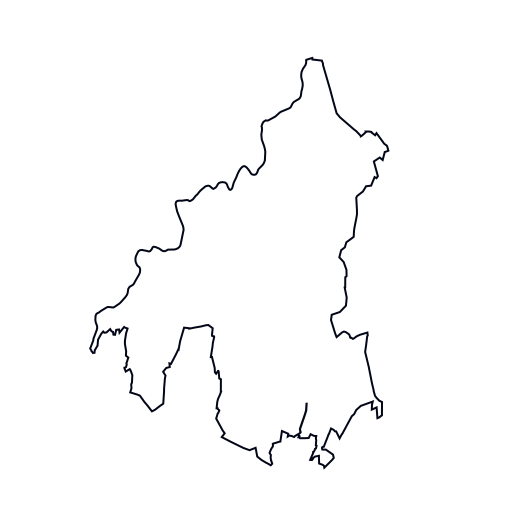 the district of Vecsaules pag., Bauska, Latvia, rotated 99°
{"feature_id": "27541924B84653415581668", "entity_name": "Vecsaules pag.", "entity_type": "district", "adm_level": 2, "iso_a3": "LVA", "parent_name": "Latvia", "parent_adm1": "Bauska", "projection": "robinson", "projection_center": [24.442, 56.411], "detail": "fine", "context": "isolated", "style": "outline", "palette": "ink", "viewbox_px": 512, "rotation_deg": 99, "n_neighbors": 0, "source": "geoboundaries", "source_scale": "gbopen_adm2", "svg_char_len": 6089}
<svg xmlns="http://www.w3.org/2000/svg" viewBox="0 0 512 512"><g transform="rotate(99 256 256)"><path d="M213.0,337.9L213.3,340.3L213.9,342.3L214.9,343.3L216.7,343.6L218.7,343.1L224.2,340.9L229.4,337.9L237.1,333.2L238.9,332.3L241.6,331.6L256.9,332.3L258.8,332.9L260.5,334.3L261.6,335.9L262.3,337.4L263.5,344.0L264.6,345.3L265.4,346.6L265.7,348.4L265.2,350.0L263.8,352.8L262.9,356.5L262.8,358.1L263.0,358.9L263.8,359.5L265.7,360.1L267.6,361.2L268.3,362.4L268.0,365.4L268.0,367.6L267.8,369.1L268.1,370.4L268.5,371.6L269.7,372.9L272.0,373.7L274.8,374.5L276.8,374.7L279.0,374.4L280.7,373.9L282.7,372.7L284.1,371.6L285.1,369.8L285.9,369.0L286.9,368.5L288.0,368.2L290.6,368.1L292.9,368.7L300.1,371.5L302.4,372.2L303.9,373.2L306.0,375.8L306.9,376.4L308.5,377.0L312.8,377.0L314.6,377.4L316.9,378.5L323.0,382.4L324.5,383.6L328.7,388.1L329.2,389.0L329.4,393.1L329.6,394.6L330.7,396.1L334.2,400.2L336.6,402.6L337.3,403.7L338.3,404.6L340.1,405.1L344.1,404.7L346.2,404.1L350.1,402.0L352.0,401.6L353.9,401.7L363.1,403.6L364.9,403.5L373.3,405.3L374.0,404.8L374.7,404.1L375.7,403.6L376.1,403.0L377.3,401.9L376.8,400.7L376.8,400.4L374.4,400.5L369.3,398.5L363.3,398.9L357.1,396.7L354.5,395.1L355.5,393.8L354.9,391.7L351.0,388.6L353.0,386.9L353.3,385.4L356.0,384.5L355.9,382.9L350.8,382.5L350.0,379.8L353.1,378.8L346.8,375.2L347.1,374.8L347.7,371.5L352.5,372.2L359.8,372.2L361.9,372.0L364.3,371.4L370.6,369.3L374.8,368.9L376.3,366.2L382.3,367.2L383.4,366.7L386.0,367.0L386.8,367.9L386.9,368.5L387.2,368.5L390.5,366.6L387.5,363.0L388.5,362.1L390.1,361.1L393.1,359.5L400.6,358.7L402.1,359.2L406.2,358.3L410.4,358.9L411.4,351.8L412.1,348.8L417.6,343.4L420.5,340.0L425.7,334.5L423.7,331.7L418.9,327.2L416.4,324.5L405.4,325.5L400.6,326.1L391.4,326.8L388.2,326.7L384.9,329.6L380.7,327.2L379.1,323.8L375.6,324.7L375.9,323.1L365.5,319.6L360.2,318.1L360.4,317.8L351.9,317.6L338.0,315.8L337.8,310.6L338.2,310.5L336.2,305.2L334.3,299.5L332.3,294.8L331.6,292.3L334.1,287.5L341.1,287.1L341.9,286.7L341.9,284.9L342.6,284.6L348.2,285.0L352.3,284.8L362.9,284.8L362.6,283.7L373.0,279.3L377.3,278.4L378.5,277.0L375.4,275.5L375.4,275.2L376.0,274.8L382.8,273.1L383.2,271.4L395.5,269.5L395.5,269.3L398.6,269.9L403.0,271.1L404.5,271.3L406.5,271.4L412.6,271.1L412.5,270.1L412.9,270.1L414.2,268.1L416.9,268.7L417.6,269.2L422.8,269.9L433.7,261.5L436.0,259.2L440.2,261.5L443.1,252.9L447.6,238.3L448.8,232.0L445.5,226.4L453.9,223.4L456.6,218.7L458.6,213.7L459.0,212.3L460.4,208.7L458.6,207.5L455.8,208.9L455.8,209.1L455.5,209.2L452.8,210.0L450.2,210.2L448.5,211.7L448.2,211.8L446.1,211.3L443.9,210.7L441.3,209.5L438.8,210.0L435.4,203.1L435.4,202.9L424.8,203.0L426.5,196.4L429.4,196.4L428.1,194.9L428.2,192.7L428.8,190.0L427.8,189.4L425.9,187.2L425.8,186.3L425.3,186.3L423.5,184.5L422.9,184.5L422.4,184.9L420.9,185.3L420.6,185.5L419.7,185.6L405.0,183.0L400.7,182.4L393.2,183.1L393.5,182.9L400.7,182.2L405.0,182.8L419.8,185.4L420.5,185.4L421.0,185.1L422.1,184.9L422.7,184.4L423.1,184.3L423.6,184.5L425.4,186.2L426.0,186.1L426.4,186.0L426.6,185.8L426.7,185.1L427.1,184.8L427.6,185.1L427.9,185.6L428.3,185.7L428.2,185.2L428.6,184.9L429.1,184.1L428.4,179.6L427.5,175.5L423.5,174.2L424.6,170.5L424.4,168.3L426.6,168.4L428.5,167.7L433.6,167.3L433.9,166.5L436.7,166.7L437.2,167.5L438.8,167.7L441.1,168.7L440.6,168.9L440.7,169.0L441.6,168.7L448.9,170.6L448.8,168.8L447.3,168.0L446.8,168.1L446.3,167.6L445.0,166.6L443.5,162.6L451.1,161.2L451.8,157.5L452.5,156.1L454.4,155.4L445.2,148.7L443.2,147.6L440.1,148.9L436.3,156.7L436.8,160.2L435.4,160.8L434.7,160.8L434.0,160.1L433.8,159.2L422.4,156.7L421.0,156.5L420.8,156.2L414.6,154.9L415.6,152.1L416.8,150.6L416.7,149.4L423.1,144.9L418.7,143.4L418.5,143.1L399.2,136.3L396.8,134.3L392.4,132.9L387.6,129.0L381.5,117.9L384.5,118.2L389.6,117.6L386.7,113.2L397.2,110.7L396.1,109.0L393.6,106.7L380.5,108.7L379.7,111.5L377.6,114.3L375.9,116.2L375.0,116.8L370.8,118.7L369.7,119.0L363.7,121.5L347.6,127.4L333.7,133.2L326.8,133.3L317.9,133.6L317.0,133.2L314.2,134.0L317.5,140.9L319.5,143.9L322.4,146.8L322.7,147.4L321.8,149.1L322.1,149.7L322.0,150.0L321.2,150.5L320.0,151.0L319.0,151.7L318.6,152.3L317.3,155.0L317.0,155.9L316.9,157.4L318.0,159.0L323.5,163.7L322.4,164.4L319.5,166.0L307.5,171.9L302.2,172.0L298.2,164.4L291.0,159.4L282.9,159.9L273.2,163.5L273.0,163.0L263.0,164.5L262.0,163.5L261.6,163.4L255.5,164.5L248.2,168.5L244.3,173.5L237.0,172.8L233.5,169.6L228.3,168.9L221.8,162.5L216.1,163.1L213.0,163.2L202.8,162.8L198.9,162.8L194.2,163.6L182.8,166.1L180.9,165.5L175.6,160.5L169.9,158.2L168.5,153.3L159.5,151.2L160.3,149.2L158.1,148.1L144.2,154.4L139.4,149.2L141.4,145.9L133.2,145.1L131.4,141.8L131.3,141.7L127.6,143.4L126.5,144.1L125.1,146.9L115.8,156.2L118.1,157.2L115.9,161.3L115.4,161.5L115.4,164.1L115.9,167.1L116.4,166.8L120.6,170.2L121.4,171.2L121.0,171.3L117.0,176.5L115.8,178.8L105.9,194.7L103.5,197.4L102.6,198.6L92.2,203.4L79.8,208.9L57.1,219.6L55.3,220.0L53.6,221.1L52.7,221.5L53.1,231.0L51.6,231.4L54.3,236.9L54.7,237.2L56.1,236.8L57.9,236.7L59.7,237.0L64.0,239.0L67.3,239.8L70.9,239.6L73.1,239.0L76.9,237.3L78.7,236.8L80.7,236.5L83.9,236.6L86.0,236.9L88.7,236.8L91.2,236.8L92.2,237.1L93.8,237.8L98.0,242.8L99.8,243.8L103.8,245.1L105.0,246.4L109.7,254.0L110.6,255.0L115.2,258.7L120.3,265.3L120.5,266.2L120.5,267.6L122.3,269.6L124.4,270.4L126.1,270.7L127.2,270.8L127.7,270.4L130.3,269.8L135.5,269.7L140.1,268.5L146.5,265.0L149.7,263.7L151.6,263.1L160.4,262.2L163.0,262.8L164.9,263.6L169.7,267.0L170.7,267.4L173.5,267.9L175.4,268.9L175.9,269.9L176.2,271.3L175.9,273.0L175.3,273.8L172.3,276.5L171.1,277.8L169.8,279.4L169.2,280.7L169.1,281.6L169.3,282.4L170.2,283.5L171.8,284.7L174.6,286.0L177.4,286.9L181.9,287.9L185.4,289.0L187.4,289.5L192.6,290.1L193.5,290.5L194.3,291.1L194.7,291.7L194.6,292.5L193.6,293.5L191.9,294.8L190.1,295.7L189.0,296.6L188.2,298.3L188.3,300.8L188.9,302.7L189.9,304.2L190.9,304.8L193.7,305.9L194.9,306.7L196.4,308.6L196.1,309.6L194.2,312.6L194.0,313.8L194.3,315.1L195.2,316.9L199.0,320.2L201.0,321.7L204.5,323.7L205.9,324.9L209.8,327.1L210.9,328.2L212.0,329.6L212.2,330.5L211.5,331.8L211.6,333.4L213.0,337.9Z" fill="none" stroke="#020617" stroke-width="2"/></g></svg>